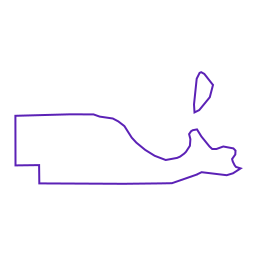 outline of Ottawa, Ohio, United States of America
{"feature_id": "52423323B40981635802423", "entity_name": "Ottawa", "entity_type": "district", "adm_level": 2, "iso_a3": "USA", "parent_name": "United States of America", "parent_adm1": "Ohio", "projection": "orthographic", "projection_center": [-82.902, 41.591], "detail": "fine", "context": "isolated", "style": "outline", "palette": "violet", "viewbox_px": 256, "rotation_deg": 0, "n_neighbors": 0, "source": "geoboundaries", "source_scale": "gbopen_adm2", "svg_char_len": 892}
<svg xmlns="http://www.w3.org/2000/svg" viewBox="0 0 256 256"><path d="M160.1,183.4L171.9,183.2L197.0,174.5L197.0,174.4L201.6,172.2L226.7,175.2L233.0,173.3L240.6,168.4L235.9,166.9L234.6,165.2L232.8,161.6L232.3,159.8L232.1,159.0L235.3,154.5L235.5,150.6L233.4,148.4L223.3,146.5L216.4,149.0L212.6,149.0L212.2,149.0L209.5,146.5L201.4,136.5L197.0,129.4L192.8,130.2L191.1,131.2L189.1,134.1L190.4,139.2L189.9,145.8L186.0,151.8L184.2,153.6L180.1,156.6L177.1,157.9L165.7,160.0L154.7,155.8L145.2,149.9L136.4,142.7L131.7,137.6L124.4,126.1L118.3,121.4L112.8,118.5L99.7,116.6L93.5,114.4L88.3,114.4L70.8,114.3L15.4,115.8L15.5,165.4L39.1,165.1L39.3,183.4L124.0,183.8L133.0,183.7L133.4,183.7L160.1,183.4ZM194.0,104.5L194.5,112.4L199.2,110.1L203.5,104.9L209.8,97.2L213.0,84.9L212.8,84.7L211.9,83.6L204.3,73.9L201.2,72.2L199.6,72.9L196.7,78.7L194.0,104.5Z" fill="none" stroke="#5b21b6" stroke-width="2"/></svg>